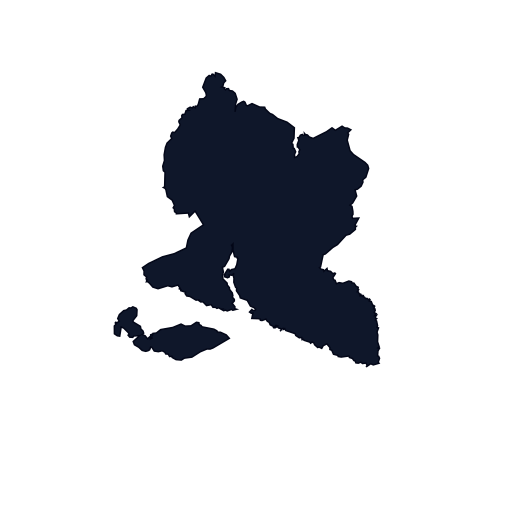 Frogn nor, Akershus, Norway, rotated 316°
{"feature_id": "86288312B20700127257552", "entity_name": "Frogn nor", "entity_type": "district", "adm_level": 2, "iso_a3": "NOR", "parent_name": "Norway", "parent_adm1": "Akershus", "projection": "natural_earth1", "projection_center": [10.666, 59.695], "detail": "fine", "context": "isolated", "style": "filled", "palette": "ink", "viewbox_px": 512, "rotation_deg": 316, "n_neighbors": 0, "source": "geoboundaries", "source_scale": "gbopen_adm2", "svg_char_len": 6164}
<svg xmlns="http://www.w3.org/2000/svg" viewBox="0 0 512 512"><g transform="rotate(316 256 256)"><path d="M307.8,349.5L307.0,347.4L307.6,343.5L306.3,342.1L306.9,340.9L305.4,338.5L299.5,336.0L297.3,332.9L294.6,331.8L296.0,328.4L295.4,327.4L296.1,325.0L300.9,323.9L300.9,323.0L299.0,322.0L299.0,318.9L297.2,316.2L298.4,314.3L294.2,314.2L295.0,312.7L293.6,310.6L293.5,308.5L294.8,308.7L305.2,301.7L307.3,302.7L317.2,303.2L322.5,304.4L335.2,303.6L338.6,305.4L346.0,305.9L347.4,304.3L348.8,304.3L348.2,303.5L349.0,302.4L356.3,300.1L351.6,296.0L352.8,293.9L354.7,293.4L356.7,291.2L359.5,287.0L359.0,284.7L362.3,285.0L370.1,282.8L373.2,277.2L375.4,278.4L380.1,278.8L384.2,277.2L385.7,275.3L389.8,275.6L397.8,271.3L399.4,268.3L399.4,264.4L396.6,250.7L396.8,245.6L402.1,236.0L407.2,232.8L407.4,231.1L411.9,231.1L410.7,227.6L408.8,225.5L408.1,222.4L400.4,220.7L399.7,216.6L393.1,215.6L378.8,211.1L377.0,207.4L377.1,204.7L375.9,202.8L376.0,201.5L374.9,202.9L373.7,202.0L373.8,200.8L371.9,199.9L369.2,200.7L368.3,200.0L367.2,202.5L363.1,204.5L361.5,206.3L362.0,206.8L361.3,210.1L359.4,210.7L358.0,212.5L354.5,213.0L352.2,212.0L354.4,209.6L356.9,208.6L358.2,205.2L357.5,204.5L360.1,201.3L359.8,200.4L360.5,199.3L365.1,197.7L372.7,190.4L371.3,181.3L367.0,172.1L366.2,165.7L365.0,163.0L364.8,156.8L365.6,155.0L362.1,151.4L359.0,143.6L354.2,142.1L353.7,140.8L354.9,137.7L354.6,136.2L352.8,135.4L348.4,134.4L344.9,135.1L341.0,137.8L347.2,132.3L351.3,130.1L354.0,124.5L353.7,121.0L351.8,118.4L352.5,116.5L351.0,115.2L349.5,115.3L349.4,113.6L350.4,113.2L348.7,110.5L350.1,110.8L353.2,109.0L355.9,108.9L356.9,105.2L356.8,100.7L354.2,96.0L351.4,98.3L351.4,95.4L350.8,94.7L348.4,95.3L347.7,93.6L343.8,93.4L334.9,97.6L333.4,103.6L331.9,106.0L330.7,106.6L327.5,106.5L324.6,103.9L319.8,106.8L317.5,107.4L316.5,106.1L315.2,107.2L314.6,105.0L313.1,105.3L312.0,103.2L308.9,102.4L308.2,103.2L308.6,104.3L306.7,102.8L303.3,104.6L301.4,103.1L300.0,103.5L298.8,105.2L294.9,105.0L293.7,105.9L292.6,109.1L287.9,110.3L283.3,110.7L282.1,109.0L280.9,109.0L277.9,110.5L277.0,113.0L270.5,113.0L266.4,114.9L260.2,119.4L256.5,123.7L251.3,126.6L248.6,130.3L248.8,132.5L238.3,142.8L237.0,142.4L237.6,144.2L237.2,145.8L233.5,151.7L234.5,157.6L232.5,163.0L229.9,163.8L230.1,165.1L228.2,167.6L228.7,169.4L228.0,170.3L237.2,178.1L235.3,181.5L243.4,181.4L239.9,197.1L225.2,194.5L218.2,197.2L211.5,201.8L198.7,197.5L188.1,191.6L173.6,186.8L166.2,185.5L165.1,189.0L162.4,191.7L162.7,195.2L161.3,195.9L160.7,197.0L161.2,197.5L159.3,198.4L160.1,198.9L160.5,201.4L160.2,206.7L162.8,211.5L171.9,216.1L174.1,219.8L179.7,222.7L179.0,226.4L178.1,226.4L178.7,228.0L177.8,228.7L180.2,233.2L178.9,233.8L178.4,236.6L180.4,239.3L182.2,246.1L184.4,247.8L184.4,248.6L183.9,248.3L184.3,250.6L186.0,252.1L186.0,257.3L190.0,259.9L189.4,263.0L191.2,264.8L191.5,266.5L193.2,267.3L193.9,270.1L195.0,271.0L194.2,271.0L194.8,273.0L196.2,273.5L197.2,275.6L201.3,277.4L201.6,278.9L205.0,280.8L204.1,279.1L205.6,277.9L206.0,273.5L209.2,273.3L210.3,272.1L210.4,269.0L211.7,268.6L213.3,266.1L213.8,261.5L214.9,260.3L215.2,256.9L216.4,255.4L216.3,249.4L218.8,246.3L221.4,244.9L224.0,240.8L226.2,241.6L234.7,239.2L236.9,237.6L241.7,236.3L245.0,233.5L245.9,231.1L248.0,231.2L243.9,235.4L240.6,240.8L240.2,241.6L241.7,244.0L241.0,244.4L241.2,245.3L236.0,249.0L232.0,250.6L228.9,248.7L226.3,248.7L227.3,246.8L226.5,245.9L220.1,247.5L220.5,248.0L219.0,249.1L220.4,251.9L222.3,252.5L223.6,251.0L225.3,253.1L228.2,253.1L226.2,253.9L224.7,256.7L221.8,259.5L219.6,264.3L219.8,265.7L217.8,267.4L216.8,273.1L215.6,275.2L218.9,281.8L217.2,288.1L218.7,291.8L218.8,294.1L217.4,294.4L215.8,292.9L215.9,291.6L212.4,291.8L212.8,293.9L214.2,294.9L209.6,298.0L214.3,302.9L215.2,304.4L214.5,305.3L215.5,306.6L219.3,308.3L218.8,310.8L219.4,312.9L218.4,315.3L219.8,319.4L218.2,319.8L222.1,319.7L223.0,321.2L219.0,320.7L222.2,321.5L222.3,323.6L223.4,325.5L222.8,326.7L221.0,326.8L224.8,326.6L226.0,327.9L225.3,328.1L226.0,328.4L225.7,330.3L230.2,339.0L229.4,340.8L230.3,344.9L232.3,346.4L231.0,348.2L232.1,348.7L232.0,350.0L234.9,355.4L234.7,356.7L236.7,356.9L237.2,359.0L236.5,360.5L236.8,364.7L238.1,365.3L239.1,368.1L242.1,367.2L245.9,368.4L245.6,373.2L244.2,374.6L245.0,376.5L243.5,380.5L245.9,384.4L245.3,385.4L247.1,387.9L253.4,392.5L252.7,393.9L254.2,396.7L253.8,399.2L254.4,400.4L253.6,402.3L255.2,404.2L257.7,405.2L257.9,407.3L260.7,409.4L260.1,411.8L258.2,412.3L263.7,413.2L264.7,415.8L270.0,418.6L270.1,417.3L273.8,415.4L274.6,413.3L274.0,412.4L277.8,409.0L280.6,408.2L279.8,406.8L281.4,407.1L283.9,402.1L288.8,397.4L290.2,394.8L294.2,392.8L293.5,391.3L295.0,390.6L297.6,386.5L297.4,385.1L299.2,384.8L298.6,384.1L299.9,382.6L301.6,382.3L300.2,381.3L302.4,381.0L301.7,378.8L304.0,377.9L304.8,376.6L304.0,375.7L306.5,374.5L306.3,373.3L305.4,373.3L307.3,368.8L306.2,367.2L307.7,366.6L307.7,365.7L306.5,365.4L306.4,363.6L305.2,362.7L305.5,361.0L304.9,360.0L305.6,359.2L304.5,358.9L304.9,358.0L304.0,357.7L304.6,356.8L303.4,356.6L304.5,355.5L303.9,354.7L304.7,353.1L304.0,352.1L306.4,351.5L306.1,350.9L307.8,349.5ZM130.0,206.6L128.7,205.1L125.3,204.9L122.9,203.4L117.1,203.2L113.1,204.9L112.3,207.9L109.2,207.4L109.2,206.3L108.4,206.3L107.5,207.9L105.5,207.9L100.1,213.6L100.8,217.0L102.3,219.0L109.7,213.4L110.8,216.0L110.9,222.3L110.5,224.3L109.0,224.1L108.8,226.7L110.8,228.9L112.6,228.7L117.1,232.5L108.3,232.2L106.9,235.4L108.3,240.3L108.5,244.8L110.4,247.9L112.4,249.1L114.3,249.6L117.0,248.3L117.7,249.2L116.8,253.7L119.3,257.0L122.7,259.0L123.6,262.0L123.0,263.7L124.7,265.7L124.0,268.3L125.8,269.6L125.2,270.7L126.5,275.0L130.0,279.0L133.5,279.7L139.6,284.2L149.4,286.2L156.1,288.8L158.4,291.1L161.3,292.3L179.6,296.7L179.8,292.1L177.5,286.2L175.4,284.0L175.9,282.7L174.9,279.4L168.0,269.5L168.2,267.7L167.5,265.9L168.6,264.3L167.1,262.3L160.7,261.1L156.3,257.2L154.8,252.9L146.5,249.6L136.3,242.7L130.8,242.2L128.1,240.1L126.5,241.1L126.7,240.0L125.5,239.5L124.3,240.6L124.3,242.9L122.5,242.4L123.7,241.4L123.3,240.3L120.5,240.3L120.8,236.3L119.5,233.3L121.6,233.5L122.6,231.4L122.5,228.5L124.0,226.3L121.8,218.1L122.7,216.9L128.7,216.1L133.1,212.0L133.5,210.4L132.1,207.0L130.0,206.6Z" fill="#0f172a" stroke="#020617" stroke-width="1.5"/></g></svg>